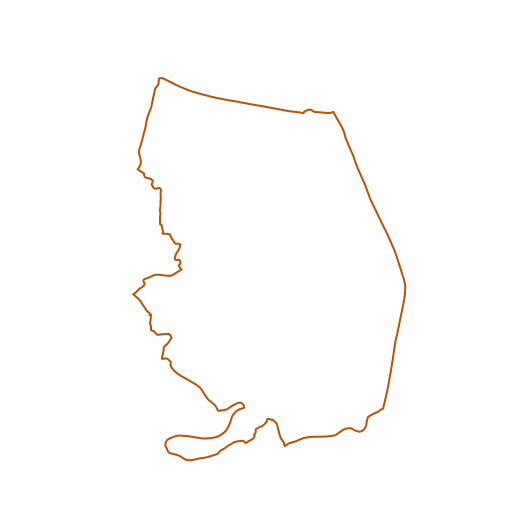 Ban Phraek, Phra Nakhon Si Ayutthaya, Thailand (Equal Earth projection), rotated 255°
{"feature_id": "78962969B33149444798126", "entity_name": "Ban Phraek", "entity_type": "district", "adm_level": 2, "iso_a3": "THA", "parent_name": "Thailand", "parent_adm1": "Phra Nakhon Si Ayutthaya", "projection": "equal_earth", "projection_center": [100.539, 14.646], "detail": "fine", "context": "isolated", "style": "outline", "palette": "amber", "viewbox_px": 512, "rotation_deg": 255, "n_neighbors": 0, "source": "geoboundaries", "source_scale": "gbopen_adm2", "svg_char_len": 5953}
<svg xmlns="http://www.w3.org/2000/svg" viewBox="0 0 512 512"><g transform="rotate(255 256 256)"><path d="M452.0,211.7L452.6,209.3L452.5,208.5L452.4,208.4L452.1,208.2L450.6,207.5L447.7,206.4L447.0,206.0L445.8,204.8L444.3,202.6L443.1,201.5L439.5,199.8L437.0,198.4L427.1,193.5L425.0,192.0L421.9,189.6L420.8,188.9L417.4,186.6L415.1,185.4L408.1,182.1L402.2,178.7L397.7,176.2L387.9,170.2L387.2,169.9L386.4,169.7L378.2,169.5L376.8,169.2L375.2,168.6L374.2,168.0L372.2,166.3L370.3,164.2L367.7,166.4L366.6,167.6L365.1,168.9L364.3,169.1L362.0,168.9L361.0,169.0L360.4,169.7L359.8,170.8L357.6,174.4L357.1,174.8L356.1,175.4L355.3,175.8L354.7,175.7L352.7,174.1L352.1,173.8L351.1,173.8L350.0,174.3L348.2,174.8L347.6,175.3L347.2,175.9L346.9,176.7L346.8,177.1L346.9,179.3L346.7,180.1L346.5,180.5L346.0,181.0L345.1,181.3L344.0,181.1L342.0,180.3L336.9,179.0L335.9,178.9L335.2,178.7L334.7,178.5L333.6,177.9L332.9,177.7L331.0,177.3L326.9,175.8L325.0,174.9L323.8,174.8L322.2,174.8L317.5,173.1L311.4,171.6L311.2,171.7L310.8,172.4L310.3,172.8L307.1,172.6L304.7,172.6L303.9,172.5L302.4,171.7L301.9,171.7L301.6,171.8L300.5,175.8L299.7,177.3L299.4,177.9L299.2,178.1L298.8,178.4L298.4,178.5L295.1,179.0L292.5,180.0L289.4,180.9L289.1,181.0L288.7,181.6L288.2,183.6L287.7,184.7L287.1,185.5L286.7,185.9L283.3,184.1L281.5,182.5L279.0,179.7L277.9,178.8L276.1,177.6L274.5,176.9L274.1,176.9L273.6,177.0L273.2,177.3L272.9,177.7L272.8,178.1L272.6,179.5L272.3,180.1L271.8,180.9L270.7,181.4L269.6,181.5L269.0,181.3L268.2,180.8L267.0,179.4L266.5,179.1L266.1,178.9L265.8,179.0L265.0,179.2L262.2,180.4L262.0,179.4L259.4,171.5L259.2,170.5L259.0,169.0L259.1,168.3L259.3,167.2L260.5,163.5L261.0,162.0L263.0,157.5L263.4,156.1L263.6,155.4L263.8,153.7L263.9,153.1L263.8,152.2L263.1,148.3L262.8,145.7L262.6,143.4L262.4,142.2L262.1,141.2L261.7,140.9L260.9,140.7L258.3,141.2L257.9,141.2L257.6,141.1L257.2,140.8L256.4,140.0L256.0,139.3L255.5,138.2L254.6,135.4L254.3,134.6L251.8,130.3L250.6,127.6L243.6,132.3L242.1,132.9L238.5,133.9L231.4,136.3L230.5,136.8L228.1,138.5L227.6,138.5L226.7,138.0L226.3,139.3L222.5,138.0L218.9,136.4L218.0,136.1L215.0,136.4L214.6,136.3L212.5,135.6L212.0,135.5L211.4,135.6L211.0,135.9L210.8,136.2L209.6,138.2L209.2,138.5L208.7,138.7L207.6,138.9L206.2,139.6L205.8,139.9L205.5,140.4L205.3,141.0L204.7,144.7L204.2,147.4L203.7,150.3L203.6,150.9L203.2,151.6L202.8,152.0L201.7,152.7L200.8,153.0L198.9,153.2L198.6,153.1L198.1,152.7L197.2,151.2L196.3,150.5L195.5,149.6L193.4,146.5L192.8,144.6L192.6,144.3L191.6,143.4L190.5,142.8L188.0,142.0L181.9,138.8L181.3,138.6L181.1,138.7L180.8,139.0L180.5,141.9L180.4,142.4L180.1,143.2L179.9,143.5L179.5,144.0L178.9,144.4L177.8,145.0L176.3,146.0L175.9,146.2L175.3,146.2L174.9,146.1L173.7,145.5L172.8,145.3L171.5,145.3L169.6,145.7L166.9,147.0L164.0,148.8L163.0,149.5L158.9,153.2L153.6,158.7L146.7,165.3L145.0,166.6L142.7,168.2L141.6,168.7L134.6,170.8L131.4,172.0L130.0,172.6L129.0,173.2L127.9,173.9L123.8,176.9L121.8,178.0L120.6,178.5L117.3,179.0L116.8,179.2L116.4,179.5L116.1,179.9L116.0,180.4L115.9,182.1L115.4,187.1L115.5,188.5L115.5,188.8L116.1,190.3L117.0,192.8L118.0,196.3L118.6,199.4L118.7,200.8L118.6,202.0L118.2,203.2L117.8,203.8L117.4,204.2L116.6,204.8L115.8,205.2L115.3,205.4L114.4,205.4L113.2,205.3L112.4,205.1L112.2,200.1L111.6,197.9L111.3,197.0L110.4,195.4L109.5,194.1L108.3,192.5L107.0,191.3L102.6,188.5L99.7,186.3L97.9,184.9L96.4,183.3L95.0,181.6L94.5,180.8L93.9,179.8L93.5,178.8L92.6,176.6L91.9,174.4L91.7,173.6L91.5,172.0L91.4,170.7L91.6,166.8L92.9,159.3L93.3,158.0L93.9,156.4L99.1,144.7L100.2,142.0L102.6,134.9L102.7,134.2L102.8,133.3L102.7,130.4L102.4,127.0L102.0,125.0L101.5,123.2L101.2,122.6L100.7,121.9L100.1,121.3L99.4,120.7L98.3,120.1L95.9,119.2L94.9,119.6L94.3,119.8L89.6,120.5L89.0,120.8L87.9,121.9L87.5,122.4L87.1,123.0L85.1,127.0L82.5,130.7L78.2,134.5L77.2,135.9L76.0,138.7L75.7,139.7L75.4,141.8L75.2,145.1L75.2,148.0L74.8,151.5L74.4,154.6L74.3,157.1L74.4,160.8L74.6,165.0L74.7,166.8L75.0,167.8L75.1,168.1L76.1,169.7L76.7,170.7L77.3,171.7L78.4,176.3L79.5,178.6L80.7,182.4L80.8,183.6L81.1,184.7L81.6,185.9L81.8,186.6L81.7,190.8L81.3,193.4L80.8,195.6L80.4,196.1L80.1,196.4L78.4,197.2L78.2,197.7L78.1,197.9L78.2,198.9L79.0,200.7L79.9,204.7L80.1,205.4L80.4,206.1L81.0,206.9L81.8,207.8L82.1,208.0L82.4,208.1L82.8,208.1L83.1,208.0L83.8,207.7L84.9,209.3L85.5,209.9L85.8,210.1L88.3,210.7L88.6,210.9L89.1,212.1L89.4,213.4L89.9,215.3L90.0,215.8L89.8,217.0L90.0,217.9L90.7,219.3L91.0,220.2L91.4,220.9L92.1,221.7L92.8,222.7L93.0,223.3L93.5,223.7L94.5,224.1L95.1,224.5L95.4,224.7L95.4,225.0L95.3,226.0L95.0,226.9L93.7,228.7L93.6,229.6L93.5,229.8L93.2,230.0L89.0,232.6L88.5,232.7L82.5,232.6L75.3,232.6L74.1,232.7L73.4,232.9L69.1,234.4L68.3,234.6L65.0,234.6L65.2,235.8L66.3,238.5L66.5,239.6L66.7,245.1L66.7,246.2L67.5,251.6L67.7,253.8L67.7,256.1L67.5,258.9L67.4,260.0L66.5,264.9L64.1,274.3L63.2,278.7L62.4,284.3L62.4,285.8L62.9,288.0L63.2,288.9L64.0,290.8L65.3,294.5L65.7,296.0L65.9,297.5L66.0,298.4L65.9,299.2L65.6,301.3L65.2,302.6L64.3,303.9L62.5,305.7L61.5,307.0L60.0,309.4L59.6,310.1L59.4,310.9L59.5,312.4L59.6,313.3L59.9,314.2L60.3,315.1L61.0,316.1L62.0,317.1L63.9,318.6L65.4,319.3L66.8,319.7L67.8,320.3L70.8,322.1L71.1,322.3L71.6,322.8L72.1,324.1L72.6,326.1L73.0,327.8L73.4,329.9L73.9,333.5L74.4,334.8L75.2,336.6L75.5,337.4L75.7,339.3L91.8,347.9L108.0,355.6L120.2,361.1L133.0,366.6L138.3,369.0L144.5,372.4L162.1,381.2L175.6,387.9L181.7,390.4L188.6,392.5L195.1,392.8L216.2,391.9L226.0,391.2L246.2,388.0L249.4,387.2L280.5,381.3L288.2,380.5L295.8,379.9L314.8,376.9L322.2,376.2L325.6,376.1L346.6,373.1L353.0,373.1L358.3,372.3L367.2,369.9L375.1,368.0L375.0,365.4L375.2,363.9L375.5,362.5L379.7,350.8L380.2,349.7L381.0,348.7L382.3,347.7L382.9,347.1L383.2,346.4L383.5,345.6L383.6,344.9L383.6,343.8L383.6,343.0L383.3,341.3L382.8,340.0L381.7,338.7L383.5,335.1L387.5,325.0L394.2,311.1L406.1,285.7L410.1,277.5L414.3,268.2L419.7,257.3L424.8,248.0L432.1,235.7L439.3,226.2L452.0,211.7Z" fill="none" stroke="#b45309" stroke-width="2"/></g></svg>